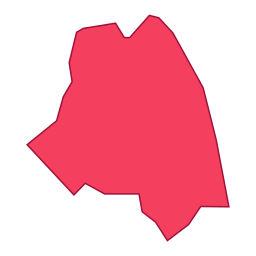 map outline of Wigan (orthographic projection)
{"feature_id": "GBR-5677", "entity_name": "Wigan", "entity_type": "Metropolitan Borough", "adm_level": 1, "iso_a3": "GBR", "parent_name": "United Kingdom", "parent_adm1": "", "projection": "orthographic", "projection_center": [-2.617, 53.524], "detail": "fine", "context": "isolated", "style": "filled", "palette": "rose", "viewbox_px": 256, "rotation_deg": 0, "n_neighbors": 0, "source": "natural_earth", "source_scale": "10m", "svg_char_len": 434}
<svg xmlns="http://www.w3.org/2000/svg" viewBox="0 0 256 256"><path d="M73.9,194.9L27.1,144.7L56.6,120.8L63.3,96.8L72.1,81.7L69.2,62.6L76.6,32.3L83.3,28.4L115.5,23.2L124.3,37.6L129.7,37.6L149.4,15.4L158.8,17.8L172.9,33.0L203.1,87.8L208.8,110.3L216.2,139.9L228.9,206.8L200.7,206.5L188.6,224.5L167.4,240.6L155.6,222.1L142.2,211.8L139.0,193.9L104.6,193.9L85.2,183.3L73.9,194.9Z" fill="#f43f5e" stroke="#9f1239" stroke-width="1.5"/></svg>